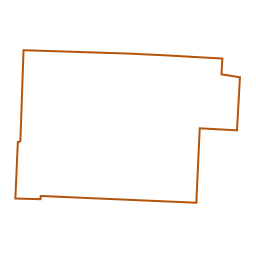 outline of Crawford, Missouri, United States of America, rotated 272°
{"feature_id": "52423323B82106170335401", "entity_name": "Crawford", "entity_type": "district", "adm_level": 2, "iso_a3": "USA", "parent_name": "United States of America", "parent_adm1": "Missouri", "projection": "mercator", "projection_center": [-91.306, 37.954], "detail": "fine", "context": "isolated", "style": "outline", "palette": "amber", "viewbox_px": 256, "rotation_deg": 272, "n_neighbors": 0, "source": "geoboundaries", "source_scale": "gbopen_adm2", "svg_char_len": 346}
<svg xmlns="http://www.w3.org/2000/svg" viewBox="0 0 256 256"><g transform="rotate(272 128 128)"><path d="M110.2,18.4L53.6,17.9L53.8,43.0L57.0,43.1L55.7,198.9L130.2,199.7L129.5,237.0L182.6,238.1L184.9,219.5L200.7,219.9L201.9,163.9L202.4,126.6L202.1,20.9L111.0,20.9L110.2,19.2L110.2,18.4Z" fill="none" stroke="#b45309" stroke-width="2"/></g></svg>